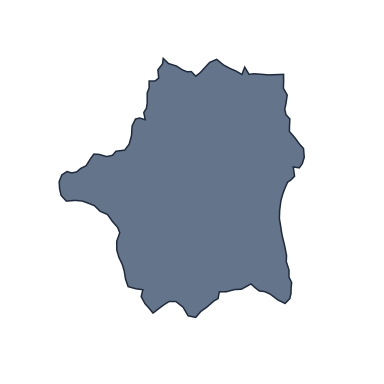 the district of Itapecerica da Serra, São Paulo, Brazil, rotated 161°
{"feature_id": "56859067B35127422475482", "entity_name": "Itapecerica da Serra", "entity_type": "district", "adm_level": 2, "iso_a3": "BRA", "parent_name": "Brazil", "parent_adm1": "São Paulo", "projection": "equal_earth", "projection_center": [-46.858, -23.736], "detail": "fine", "context": "isolated", "style": "filled", "palette": "slate", "viewbox_px": 384, "rotation_deg": 161, "n_neighbors": 0, "source": "geoboundaries", "source_scale": "gbopen_adm2", "svg_char_len": 1756}
<svg xmlns="http://www.w3.org/2000/svg" viewBox="0 0 384 384"><g transform="rotate(161 192 192)"><path d="M67.1,273.4L76.2,276.2L81.5,277.8L89.2,281.2L94.6,283.5L99.8,284.7L101.5,292.9L106.5,286.9L111.3,292.3L115.7,296.3L120.8,301.8L125.5,309.4L133.1,308.8L141.3,304.4L145.5,302.1L150.8,300.3L153.4,306.0L157.7,307.4L161.5,310.8L165.7,316.2L172.4,321.1L175.7,327.7L178.2,322.7L184.5,318.6L186.4,310.6L190.8,309.0L196.4,310.9L198.7,304.3L202.1,300.3L205.4,290.7L207.9,285.9L211.7,282.9L212.7,275.6L217.4,279.0L221.7,279.4L227.1,274.0L230.8,265.1L235.9,257.6L242.0,253.5L250.6,255.3L255.2,252.6L261.0,253.2L267.8,257.9L272.5,259.8L277.4,256.3L283.6,251.3L289.6,250.5L294.6,248.5L299.8,249.3L303.5,252.1L309.6,250.5L314.3,244.9L316.1,238.3L316.9,231.4L313.8,224.3L305.2,222.1L298.9,219.3L294.6,215.9L288.7,210.8L285.1,203.6L279.2,198.2L276.8,189.9L273.8,182.7L273.6,176.9L279.2,170.0L282.0,161.6L282.4,154.2L281.5,146.1L281.8,139.3L283.2,131.4L283.2,123.3L276.6,118.8L270.3,115.6L274.1,109.6L272.8,101.7L270.6,96.5L268.3,90.2L262.7,92.1L255.0,94.6L249.4,95.9L242.9,93.7L237.9,85.9L236.0,76.2L229.3,72.2L222.5,76.2L215.7,78.2L211.3,80.0L206.9,81.8L202.0,82.8L198.7,88.7L192.0,86.5L183.6,85.9L176.9,84.0L171.1,85.0L166.2,85.9L163.5,81.0L160.6,76.5L155.9,74.3L151.3,70.0L145.9,61.9L140.3,56.3L134.3,59.3L131.5,63.7L129.5,69.1L127.3,73.8L128.0,80.0L125.7,86.5L125.5,95.5L123.3,101.1L122.0,110.2L120.8,122.6L119.2,131.4L118.0,138.5L115.0,146.3L110.8,154.8L106.8,160.6L103.1,165.1L98.5,170.1L94.3,171.3L89.9,173.5L88.1,182.7L82.7,179.9L78.5,182.9L74.6,188.2L72.4,196.8L74.8,202.4L77.1,209.9L80.2,217.5L78.3,222.7L75.7,229.2L78.0,234.6L77.3,240.2L74.3,245.1L70.4,252.7L71.8,260.3L69.4,266.6L67.1,273.4Z" fill="#64748b" stroke="#1e293b" stroke-width="1.5"/></g></svg>